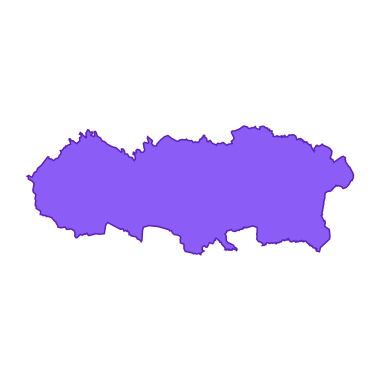 Mae Wong, Nakhon Sawan, Thailand (Natural Earth projection), rotated 354°
{"feature_id": "78962969B87976118596438", "entity_name": "Mae Wong", "entity_type": "district", "adm_level": 2, "iso_a3": "THA", "parent_name": "Thailand", "parent_adm1": "Nakhon Sawan", "projection": "natural_earth1", "projection_center": [99.461, 15.832], "detail": "fine", "context": "isolated", "style": "filled", "palette": "violet", "viewbox_px": 384, "rotation_deg": 354, "n_neighbors": 0, "source": "geoboundaries", "source_scale": "gbopen_adm2", "svg_char_len": 6066}
<svg xmlns="http://www.w3.org/2000/svg" viewBox="0 0 384 384"><g transform="rotate(354 192 192)"><path d="M85.2,224.6L92.0,223.4L95.3,224.3L100.4,224.3L102.8,215.7L105.0,213.5L116.9,221.6L119.5,221.5L120.3,223.8L121.6,223.2L122.8,224.2L123.7,223.6L124.1,224.8L125.2,225.4L124.9,227.8L126.2,228.0L127.0,229.3L131.7,230.7L132.8,233.1L134.8,233.9L136.3,236.1L137.1,235.0L138.8,225.1L140.0,221.9L145.8,220.9L154.9,222.9L165.2,227.1L165.7,228.3L167.5,228.3L168.3,230.7L169.9,232.4L173.8,233.5L175.7,234.9L176.0,236.1L175.3,237.7L175.2,241.4L178.5,243.1L178.1,247.6L179.1,250.4L186.4,252.8L186.8,253.6L187.6,253.3L190.4,254.1L192.8,253.8L193.3,254.7L194.2,255.2L194.7,253.3L197.7,252.0L196.1,250.6L196.5,247.9L198.6,246.7L200.2,248.4L201.4,248.3L204.1,244.2L207.2,245.6L208.4,244.4L208.9,243.0L210.3,242.3L209.9,241.9L210.1,241.1L211.1,240.4L213.8,243.1L214.4,244.9L215.7,245.1L216.3,247.3L218.7,250.4L219.3,252.3L219.0,252.6L219.8,252.6L219.9,253.4L220.9,252.8L221.8,253.1L222.2,252.6L222.9,253.0L222.6,253.6L225.8,254.0L226.2,252.6L229.5,254.1L230.1,254.9L230.6,254.4L230.6,253.0L229.5,251.8L228.9,251.9L227.4,249.0L222.5,246.1L221.1,244.1L221.3,239.0L220.5,237.1L222.0,236.0L222.3,234.6L226.9,233.6L229.0,235.4L231.0,235.7L233.8,234.7L234.9,235.1L235.2,234.4L238.3,234.2L239.5,232.8L239.7,233.4L240.8,232.6L242.3,233.3L248.9,232.0L253.1,234.2L252.5,239.1L252.0,240.2L252.1,243.0L251.5,245.8L253.1,248.4L255.0,248.7L255.6,249.7L256.7,250.2L256.9,251.6L256.3,252.5L258.1,252.7L259.2,251.8L259.9,252.1L260.5,250.5L261.9,250.3L263.9,251.4L265.3,250.8L266.5,251.4L267.5,251.1L269.6,251.6L270.2,252.3L271.1,251.1L271.8,251.6L273.8,251.3L274.4,250.6L275.4,250.9L277.2,249.1L279.0,250.1L279.5,249.5L281.6,249.7L281.8,248.7L282.9,248.3L283.3,249.9L284.2,250.1L284.4,251.5L285.6,252.0L288.8,251.1L289.8,252.7L290.9,252.0L291.2,252.7L292.0,252.2L292.6,252.6L293.8,252.0L294.7,252.4L295.9,251.7L296.1,252.3L297.0,252.3L297.3,253.0L297.8,252.5L298.3,253.0L300.0,252.7L301.3,254.7L303.0,255.8L302.8,256.4L303.7,257.6L304.5,257.4L305.1,258.4L306.0,258.4L306.6,260.1L309.0,260.7L308.9,261.5L309.7,261.5L309.3,261.9L309.6,263.7L312.5,264.7L313.9,260.7L323.8,253.3L324.6,250.4L324.6,243.6L320.3,240.0L321.3,236.5L321.1,234.5L320.3,234.8L318.1,228.9L319.4,228.3L318.9,226.3L319.4,225.8L322.0,216.8L321.8,216.2L323.4,212.0L324.2,207.0L326.7,205.7L330.3,205.5L333.8,202.2L335.7,201.2L336.0,200.4L337.2,201.3L338.5,201.1L341.2,202.2L342.7,204.4L345.9,203.5L348.8,201.0L351.0,197.8L352.0,196.9L352.5,197.2L353.9,194.6L354.3,192.5L354.0,190.1L351.4,183.6L350.6,183.0L347.7,177.7L348.1,177.2L347.6,175.5L348.2,174.1L346.3,172.4L344.1,172.9L336.1,177.3L335.4,174.5L333.6,173.7L333.7,173.1L333.0,173.1L333.3,171.6L334.6,169.6L335.4,166.0L333.8,163.4L332.0,161.8L327.4,159.2L326.4,158.0L324.6,159.3L322.3,159.8L321.3,158.6L320.2,158.9L320.0,159.8L318.4,161.2L317.7,164.4L316.4,162.2L316.5,161.1L315.7,160.8L315.1,157.4L314.2,157.8L313.9,157.1L313.1,157.0L312.5,156.4L312.3,155.5L310.9,154.8L311.1,154.2L310.4,154.4L309.0,153.5L308.6,154.1L308.5,153.5L307.6,153.2L307.8,152.9L307.3,152.5L307.7,152.0L305.6,150.3L305.1,150.9L305.0,150.3L304.5,150.3L304.4,150.7L303.6,150.3L301.7,151.0L301.0,147.3L299.2,145.9L298.3,145.5L296.1,145.8L294.7,145.3L292.3,147.4L291.0,146.9L290.6,146.0L289.7,146.6L289.5,145.8L289.2,146.2L288.2,145.8L287.8,146.8L286.9,145.9L286.7,146.7L285.9,145.8L283.5,146.1L283.3,145.3L282.3,145.0L280.6,145.7L278.6,145.1L278.9,144.0L278.4,142.6L277.6,142.1L278.0,139.7L275.3,139.2L275.7,137.8L274.1,137.7L273.8,136.4L273.0,136.6L272.4,135.7L271.4,135.6L271.2,134.9L269.7,134.0L266.5,134.2L265.8,136.8L263.2,135.9L262.1,134.9L261.9,133.6L259.6,134.6L258.5,134.3L256.0,134.9L254.8,134.6L253.6,133.0L250.3,131.8L245.6,134.4L240.9,135.7L238.2,135.6L237.5,136.4L237.5,137.1L239.5,142.8L238.6,144.3L236.4,145.6L237.0,148.0L233.2,148.3L231.4,149.1L228.3,146.1L227.4,146.0L225.7,146.9L222.4,146.3L221.4,148.0L217.1,145.5L215.6,142.6L213.8,143.2L213.6,143.8L212.7,143.6L212.2,142.5L212.1,140.2L210.6,138.9L210.5,137.2L209.8,136.8L209.3,137.0L208.6,138.5L207.7,138.7L207.1,140.4L205.7,140.1L204.2,142.9L201.9,143.2L200.7,142.5L198.5,142.9L197.1,140.8L193.4,140.4L191.9,138.8L191.2,139.4L187.1,138.8L184.9,139.1L183.9,140.1L182.2,139.9L177.2,136.4L174.0,133.3L170.6,134.1L166.2,137.0L162.2,140.6L161.4,142.2L158.9,142.3L156.8,139.5L158.0,137.2L157.8,136.6L153.7,132.4L153.2,133.9L154.0,137.2L153.9,138.4L153.1,139.0L150.1,137.6L148.8,138.4L148.9,142.8L149.4,144.9L148.5,146.8L147.2,147.4L145.5,147.2L144.2,144.6L141.8,143.9L140.6,145.0L140.7,146.9L140.2,147.7L139.6,147.7L138.5,146.4L137.9,146.3L137.3,148.4L139.0,149.4L139.1,153.4L137.7,154.7L136.1,151.4L133.2,150.7L131.8,147.6L129.3,147.1L129.1,144.2L127.9,142.0L126.3,141.9L126.2,145.0L125.2,144.8L121.1,140.1L117.7,138.9L112.7,135.6L110.7,133.1L108.3,131.9L107.4,130.8L106.7,128.8L103.7,126.6L102.8,122.5L102.2,121.7L101.2,121.6L101.1,126.0L100.4,126.6L97.3,125.1L97.5,124.5L99.2,123.5L99.4,122.3L99.0,121.8L96.8,122.0L95.7,119.5L94.8,119.3L92.6,122.6L92.8,126.5L92.4,126.9L91.8,126.9L91.4,125.6L89.8,124.7L88.8,122.6L87.1,121.2L86.2,122.8L87.3,123.1L87.8,124.8L87.2,126.0L85.9,126.1L85.7,129.6L83.6,130.8L82.8,131.9L80.3,130.2L79.3,128.7L77.3,128.3L76.5,126.5L75.5,126.3L75.2,127.2L76.1,129.1L76.2,131.9L73.3,132.5L71.7,133.5L71.2,133.2L70.9,134.6L69.8,134.2L67.1,137.1L65.4,137.1L66.0,139.1L65.3,140.8L63.9,141.7L63.1,143.4L61.4,144.6L60.3,144.5L58.2,146.0L57.1,146.0L56.0,144.8L53.3,143.8L53.2,142.2L52.2,142.0L45.2,149.5L40.9,152.4L39.7,155.1L37.1,156.2L34.7,160.3L33.1,160.1L31.5,158.5L29.7,159.1L30.6,160.0L30.8,162.2L34.4,164.7L35.8,167.3L33.9,173.7L34.3,175.6L36.5,178.4L35.2,182.1L35.8,184.5L35.0,186.8L34.8,189.2L35.6,190.0L35.4,192.2L39.1,194.9L39.4,196.3L38.7,198.5L40.6,199.0L41.4,199.9L44.1,200.0L44.5,201.1L46.4,201.2L49.7,202.8L52.4,206.8L53.4,207.4L53.9,209.5L54.8,210.8L55.0,212.9L57.9,213.9L62.2,213.7L63.4,216.1L68.3,216.1L71.0,218.7L71.3,220.2L70.9,223.7L71.9,225.4L73.0,225.3L76.4,222.6L78.6,223.5L80.1,222.6L81.8,222.9L83.2,222.0L84.3,224.2L85.2,224.6Z" fill="#8b5cf6" stroke="#5b21b6" stroke-width="1.5"/></g></svg>